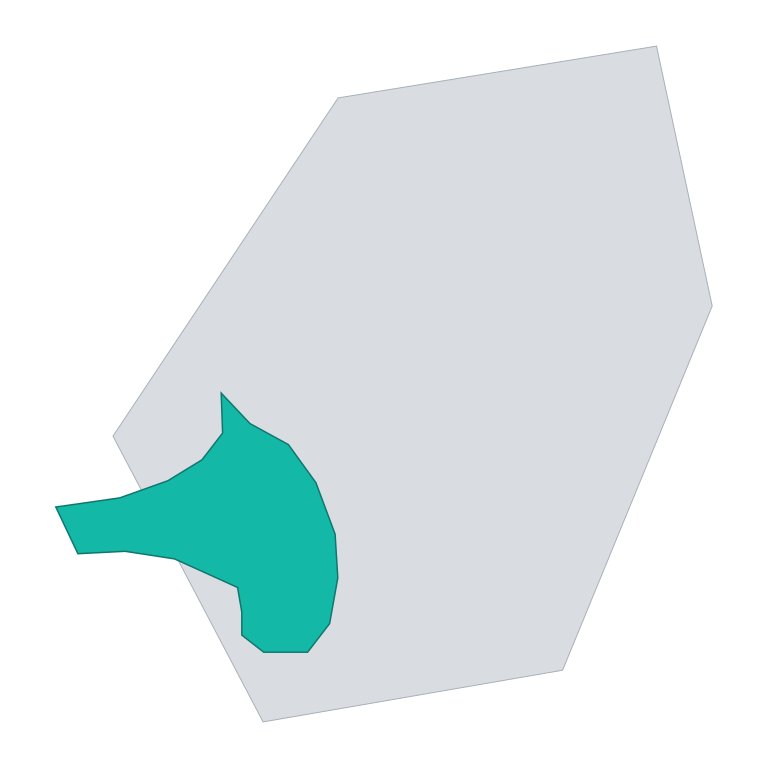 where San Marino sits in San Marino
{"feature_id": "SMR-4884", "entity_name": "San Marino", "entity_type": "state/province", "adm_level": 1, "iso_a3": "SMR", "parent_name": "San Marino", "parent_adm1": "", "projection": "mercator", "projection_center": [12.418, 43.922], "detail": "fine", "context": "in_parent", "style": "filled", "palette": "teal", "viewbox_px": 768, "rotation_deg": 0, "n_neighbors": 0, "source": "natural_earth", "source_scale": "10m", "svg_char_len": 525}
<svg xmlns="http://www.w3.org/2000/svg" viewBox="0 0 768 768"><path d="M562.6,670.2L263.1,721.9L113.0,436.1L338.1,97.9L656.5,46.1L712.2,306.0L562.6,670.2Z" fill="#d9dde1" stroke="#a8b0b8" stroke-width="1"/><path d="M77.9,553.7L55.8,507.0L119.6,497.9L167.7,480.8L202.0,459.8L222.6,433.1L221.2,393.1L250.0,423.6L288.4,444.6L315.9,482.7L335.1,534.1L337.8,577.9L329.6,623.6L307.6,652.2L263.7,652.2L241.8,635.1L241.8,612.2L237.6,587.5L174.5,558.9L125.1,551.3L77.9,553.7Z" fill="#14b8a6" stroke="#0f766e" stroke-width="1.5"/></svg>